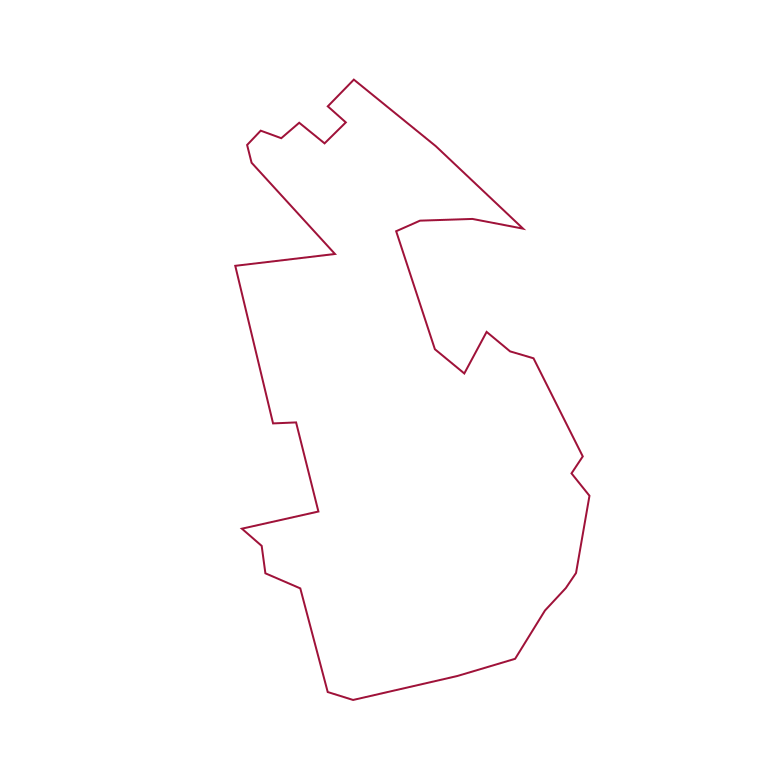 Arnasay, Jizzakh, Uzbekistan (Equal Earth projection), rotated 344°
{"feature_id": "79887680B99021392156444", "entity_name": "Arnasay", "entity_type": "district", "adm_level": 2, "iso_a3": "UZB", "parent_name": "Uzbekistan", "parent_adm1": "Jizzakh", "projection": "equal_earth", "projection_center": [67.818, 40.546], "detail": "fine", "context": "isolated", "style": "outline", "palette": "rose", "viewbox_px": 768, "rotation_deg": 344, "n_neighbors": 0, "source": "geoboundaries", "source_scale": "gbopen_adm2", "svg_char_len": 633}
<svg xmlns="http://www.w3.org/2000/svg" viewBox="0 0 768 768"><g transform="rotate(344 384 384)"><path d="M245.0,664.6L267.2,679.2L374.0,684.9L434.3,684.3L476.3,646.1L502.5,630.3L516.5,618.6L550.7,548.1L539.6,521.6L555.1,508.4L534.8,400.5L514.2,387.4L497.0,362.2L464.1,396.0L442.5,364.6L437.8,240.5L463.6,236.9L514.5,249.7L560.5,273.0L499.3,169.6L438.9,83.1L406.5,101.6L419.4,122.0L393.2,136.3L374.5,109.5L353.0,119.4L335.3,106.5L318.3,116.5L317.7,134.8L372.7,245.5L273.6,229.4L266.5,391.3L288.9,396.7L285.8,488.5L207.5,483.9L221.8,505.9L217.8,533.3L247.2,557.4L245.0,664.6Z" fill="none" stroke="#9f1239" stroke-width="2"/></g></svg>